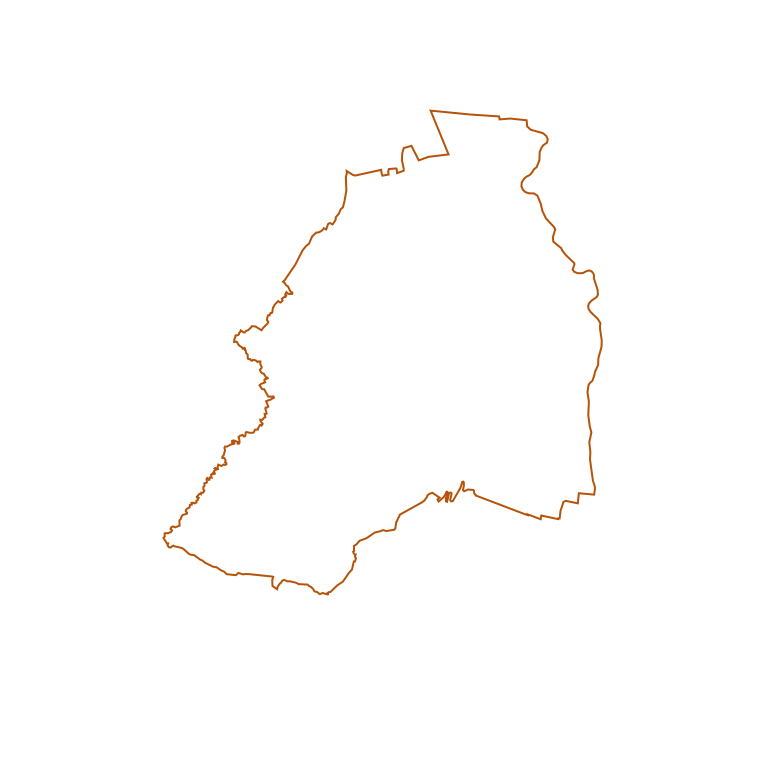 the district of Razvad, Dâmbovita, Romania, rotated 238°
{"feature_id": "2599482B17073586102426", "entity_name": "Razvad", "entity_type": "district", "adm_level": 2, "iso_a3": "ROU", "parent_name": "Romania", "parent_adm1": "Dâmbovita", "projection": "mercator", "projection_center": [25.513, 44.956], "detail": "fine", "context": "isolated", "style": "outline", "palette": "amber", "viewbox_px": 768, "rotation_deg": 238, "n_neighbors": 0, "source": "geoboundaries", "source_scale": "gbopen_adm2", "svg_char_len": 6166}
<svg xmlns="http://www.w3.org/2000/svg" viewBox="0 0 768 768"><g transform="rotate(238 384 384)"><path d="M532.1,644.7L542.1,631.9L547.2,622.2L549.9,623.4L567.4,599.2L591.1,568.4L544.5,560.4L553.1,542.0L555.2,532.0L571.4,533.5L573.6,525.8L570.2,521.9L564.2,517.7L556.1,514.8L554.4,513.7L555.9,506.9L559.6,508.7L560.5,508.4L563.7,502.0L562.1,500.2L559.2,498.9L561.5,493.1L563.9,493.6L567.1,495.1L576.0,470.1L577.8,468.4L584.4,465.2L582.4,464.2L579.7,461.3L568.0,454.6L560.0,447.4L555.6,442.8L555.2,440.1L552.4,435.9L551.0,431.6L548.6,429.6L546.6,424.9L549.0,423.6L549.4,422.4L549.2,421.2L545.7,416.9L548.0,415.5L547.3,414.0L547.0,412.2L547.1,409.3L548.3,406.7L547.2,401.2L542.8,394.9L542.2,390.8L540.5,385.8L532.2,372.0L524.7,354.9L524.2,352.5L522.1,353.4L519.5,353.3L517.8,354.3L511.9,353.7L510.2,354.7L509.5,354.5L509.1,353.7L511.1,350.7L513.6,349.9L512.1,347.4L511.0,348.1L510.3,347.2L510.0,346.5L510.7,345.3L510.4,342.6L508.5,342.2L508.1,341.0L507.8,339.7L508.3,339.0L510.4,338.3L509.1,333.0L508.0,331.5L507.7,330.4L504.0,327.2L503.7,326.3L504.3,325.5L504.1,324.9L502.9,323.3L503.7,322.0L503.3,321.4L500.3,318.6L498.1,318.9L497.1,317.5L495.6,311.2L494.5,308.6L500.9,305.5L503.1,302.4L502.4,301.2L501.7,297.6L502.1,294.5L501.5,293.2L502.1,292.3L505.4,290.9L504.2,289.5L504.2,288.4L503.0,287.2L502.8,285.9L503.8,284.2L503.6,283.5L502.5,282.8L501.3,280.9L499.1,279.2L498.2,281.2L497.3,281.6L494.9,281.4L492.9,281.7L490.3,283.0L488.8,282.8L488.5,283.3L488.8,284.6L487.9,285.0L486.5,284.0L485.8,284.5L483.6,283.5L481.2,283.9L477.8,282.0L477.0,282.2L476.0,283.7L474.4,283.7L473.6,284.6L474.0,285.6L471.9,287.8L469.6,288.4L469.5,289.9L468.6,291.1L466.4,289.6L463.1,289.3L462.3,288.3L461.9,286.3L460.9,286.1L458.4,286.0L456.3,287.5L451.9,287.5L451.1,288.6L450.4,288.4L451.2,285.3L450.6,284.5L448.4,284.1L449.2,280.0L448.9,277.8L445.0,277.8L443.9,278.3L443.1,279.6L434.6,279.2L431.9,283.7L430.7,283.3L430.6,282.5L431.1,281.7L430.7,280.2L431.9,274.9L426.1,273.9L425.9,272.6L426.8,271.1L426.0,270.3L421.3,268.9L421.1,267.6L421.8,266.9L418.7,265.7L419.0,264.5L418.1,261.9L419.3,260.2L417.7,259.6L414.5,260.0L413.6,258.2L414.7,257.7L414.9,256.9L412.9,253.4L412.2,253.0L413.6,250.5L412.1,248.0L412.1,247.0L413.9,244.1L416.1,242.0L416.2,241.1L413.5,238.8L413.3,238.1L414.0,237.3L415.8,237.0L416.4,234.6L416.0,232.4L413.8,232.0L410.7,230.3L410.3,229.2L410.9,228.3L412.6,229.1L415.9,226.6L416.2,224.9L414.9,224.3L414.0,226.0L412.7,225.6L413.8,222.3L414.1,217.7L415.2,216.1L414.4,214.8L412.1,214.1L408.7,210.5L408.0,208.5L407.0,207.7L405.7,209.4L402.7,209.0L401.8,207.7L400.4,208.4L399.4,207.7L399.5,206.3L400.6,205.5L400.7,202.6L403.4,200.8L401.7,198.8L399.8,198.0L400.1,197.0L401.5,197.0L402.2,196.3L402.1,195.7L401.3,196.4L400.5,196.2L400.1,193.4L397.6,193.1L397.7,192.1L399.1,191.3L398.6,190.5L398.7,189.3L395.9,188.2L397.1,186.6L395.3,185.2L395.4,184.7L398.0,184.2L397.9,183.9L397.2,183.0L394.7,181.9L394.3,181.1L395.0,179.1L392.6,177.6L392.4,176.2L390.2,174.9L388.8,175.2L388.4,174.7L387.7,172.7L388.7,171.5L387.6,170.4L388.3,170.2L388.7,169.2L387.8,167.0L387.7,165.5L387.0,165.3L385.7,166.5L385.2,165.3L384.3,164.6L384.4,163.1L382.9,162.1L383.2,161.0L383.0,160.2L384.6,159.0L385.2,157.8L383.8,157.4L383.5,157.0L384.4,155.3L382.3,153.6L382.6,150.9L382.2,149.3L381.0,148.4L379.3,148.9L378.7,148.5L378.5,147.8L379.6,144.1L379.3,142.6L377.2,140.1L376.8,138.4L376.1,137.7L372.2,135.7L373.1,130.9L375.1,129.6L375.2,127.6L374.1,126.1L372.2,126.7L371.5,125.6L371.3,124.5L371.8,123.5L371.7,122.1L373.4,119.5L373.5,118.7L370.9,117.3L370.3,115.4L363.8,115.4L363.2,116.5L361.9,115.0L359.6,115.0L358.4,116.4L358.7,118.6L358.4,119.9L357.3,120.4L352.6,125.2L350.5,126.5L343.1,128.6L341.5,129.8L339.5,132.3L332.7,135.0L330.3,136.6L327.4,137.5L319.8,142.1L317.2,145.0L312.7,146.9L309.3,149.1L306.1,149.8L300.7,156.6L300.4,157.8L301.0,159.9L300.7,160.6L297.2,163.6L296.2,166.0L293.9,169.3L279.6,187.6L279.1,187.9L277.0,185.3L271.7,182.4L266.6,184.6L268.6,186.6L269.8,189.5L270.2,191.7L271.1,193.3L270.8,195.5L267.6,197.7L266.9,199.2L262.3,203.9L259.5,205.6L254.3,213.0L252.3,213.4L250.6,214.6L247.3,215.3L245.1,215.1L242.9,217.1L239.8,218.2L239.3,221.1L235.6,224.6L236.4,225.2L235.9,225.5L236.7,226.0L236.6,227.4L236.0,228.3L238.0,237.6L238.2,244.5L242.4,254.1L243.6,258.5L249.5,264.4L248.9,265.4L251.1,267.9L252.9,267.8L254.4,269.6L254.9,268.8L256.0,268.6L258.1,268.9L258.3,270.3L262.6,272.6L262.6,275.7L264.0,280.1L262.5,287.4L262.9,297.6L261.1,302.9L260.6,305.7L258.0,308.2L255.0,315.5L255.4,316.9L260.8,321.6L260.8,322.4L262.7,324.7L263.5,326.7L264.8,328.1L263.5,353.7L263.8,356.7L265.5,360.7L266.6,361.9L266.8,364.1L266.1,367.4L258.2,370.9L257.8,368.2L255.4,368.0L256.4,374.5L257.5,377.0L259.2,379.4L259.4,380.1L259.0,380.5L257.2,379.8L254.1,375.7L251.6,374.4L250.7,375.1L257.2,381.6L256.5,383.1L255.6,383.4L254.8,382.9L250.5,378.6L248.9,378.7L248.2,380.2L255.5,393.9L259.5,398.5L259.2,399.5L258.4,399.6L255.4,397.8L252.3,394.8L250.6,395.1L250.0,399.3L246.9,403.5L246.2,403.8L243.4,402.6L241.5,403.0L241.0,402.6L200.5,433.3L196.6,436.4L197.4,436.7L186.3,445.2L189.1,447.7L177.1,460.1L177.7,460.6L176.9,461.7L182.8,466.4L188.9,473.7L188.6,476.2L180.1,485.1L188.1,491.4L178.8,503.6L182.9,507.0L185.4,508.5L191.5,510.0L210.8,518.7L217.0,523.0L225.8,527.2L233.0,534.2L238.9,536.0L249.1,540.6L260.5,548.4L269.2,552.2L274.8,557.0L275.6,558.7L276.4,562.6L280.4,567.5L282.3,569.1L286.8,575.8L292.2,579.4L300.5,588.4L305.9,591.9L316.0,596.3L318.7,597.9L320.8,599.7L325.9,599.8L335.4,597.4L339.2,597.3L341.9,598.4L343.7,600.5L344.7,603.9L345.1,610.6L346.4,612.8L350.7,615.0L362.7,618.1L364.6,619.6L366.6,620.1L369.3,619.8L371.6,618.2L372.5,614.9L372.6,612.1L373.9,609.0L375.8,606.5L378.4,604.8L381.1,604.6L384.5,608.9L385.6,609.4L397.0,606.5L403.0,605.9L405.2,606.3L415.0,603.0L418.9,604.9L424.4,611.2L426.8,611.4L438.7,609.1L447.1,610.1L453.9,612.5L462.5,613.9L466.2,612.1L468.8,608.1L471.8,605.6L475.4,604.7L479.0,605.4L482.0,607.7L483.8,611.6L484.3,614.3L484.0,618.5L485.0,621.8L486.6,624.9L487.0,628.3L491.3,634.3L498.3,639.0L500.7,642.4L502.1,645.4L502.3,650.1L505.0,652.7L508.3,653.0L512.4,651.8L521.8,643.2L526.5,641.9L532.1,644.7Z" fill="none" stroke="#b45309" stroke-width="2"/></g></svg>